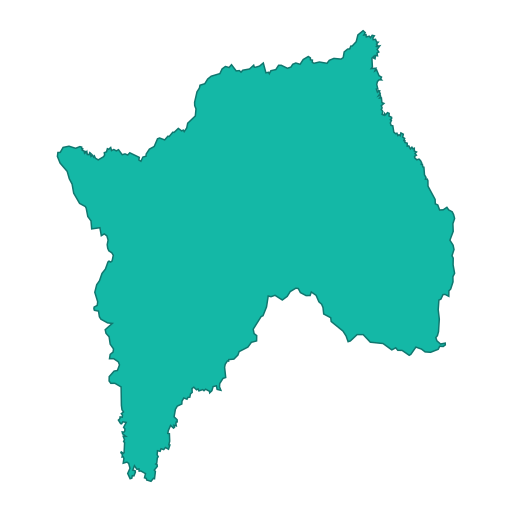 Phop Phra, Tak, Thailand
{"feature_id": "78962969B25324759841331", "entity_name": "Phop Phra", "entity_type": "district", "adm_level": 2, "iso_a3": "THA", "parent_name": "Thailand", "parent_adm1": "Tak", "projection": "equal_earth", "projection_center": [98.788, 16.455], "detail": "fine", "context": "isolated", "style": "filled", "palette": "teal", "viewbox_px": 512, "rotation_deg": 0, "n_neighbors": 0, "source": "geoboundaries", "source_scale": "gbopen_adm2", "svg_char_len": 5979}
<svg xmlns="http://www.w3.org/2000/svg" viewBox="0 0 512 512"><path d="M448.8,296.3L448.9,290.9L450.7,289.0L453.0,281.9L452.9,276.7L454.6,273.3L453.1,264.8L453.2,258.1L452.0,255.8L454.0,249.5L453.1,245.2L449.9,240.2L453.2,231.4L452.9,223.7L454.6,218.5L453.6,214.6L452.2,211.8L448.7,209.9L446.9,207.3L443.2,209.8L439.6,210.0L437.8,205.0L435.3,203.8L435.1,199.4L428.0,186.2L427.9,180.7L427.2,179.1L425.5,179.1L426.0,177.4L424.5,174.9L423.9,167.2L422.8,166.9L422.4,164.3L421.3,164.3L421.6,162.7L420.5,160.6L419.0,159.1L416.8,159.8L414.7,157.8L414.6,156.3L416.4,155.2L414.9,153.5L416.5,152.0L414.3,151.0L414.3,148.2L412.8,148.7L411.9,147.2L410.4,148.9L408.8,145.9L407.2,146.2L407.2,143.2L404.9,142.5L404.9,140.7L403.8,140.6L404.7,138.4L402.7,137.2L403.3,134.2L400.9,132.9L400.2,135.7L399.0,134.8L397.9,135.6L396.9,133.2L395.6,133.7L393.8,132.1L392.8,125.8L391.1,125.4L390.3,123.0L391.4,120.4L390.4,119.7L391.6,118.6L391.6,117.3L389.0,116.0L389.2,113.4L387.5,112.6L385.6,114.8L384.5,113.4L384.1,115.3L382.1,114.4L382.8,111.5L381.3,109.4L382.1,107.9L381.3,105.7L383.9,103.4L381.9,102.6L381.4,97.9L379.7,98.0L380.7,96.8L380.2,94.9L378.6,95.7L380.2,93.3L379.1,91.9L379.7,90.9L378.5,90.6L377.4,92.1L376.4,89.1L377.8,88.9L376.7,84.4L377.4,81.6L379.1,79.8L381.6,79.9L380.7,78.9L381.5,77.1L379.0,75.7L376.6,69.9L374.9,70.9L376.0,68.2L371.2,68.6L372.4,66.9L371.9,58.2L373.7,56.5L373.5,58.0L375.0,58.8L375.5,55.5L377.5,55.8L377.0,53.0L378.8,52.0L377.1,49.5L379.7,45.9L375.8,46.7L377.5,45.3L376.5,44.1L378.2,42.2L376.6,42.0L375.5,39.3L373.2,39.7L372.9,37.9L374.3,35.8L372.2,35.3L370.5,37.7L369.3,36.2L366.3,36.9L366.0,34.6L363.9,35.0L365.2,32.6L363.1,30.7L357.9,34.9L356.2,41.7L352.2,46.0L350.8,46.1L349.7,48.9L347.6,49.1L344.2,51.9L343.2,57.6L341.0,59.1L333.9,58.4L329.3,60.3L327.0,63.3L319.4,62.0L313.9,63.3L312.3,62.3L312.4,60.1L310.5,59.9L310.4,57.9L308.3,56.5L303.2,59.5L300.1,64.3L295.8,63.0L292.7,64.3L291.0,67.0L287.5,68.3L281.3,65.3L278.6,65.3L275.8,69.6L270.9,70.7L269.3,73.7L268.6,72.3L265.9,72.8L263.3,63.0L259.5,66.1L255.7,67.2L254.3,67.2L253.7,65.2L249.5,69.0L242.8,70.2L241.0,72.2L239.4,70.6L236.2,70.9L231.5,64.7L229.1,67.5L225.4,66.5L222.1,68.9L219.9,73.6L211.2,76.2L207.7,79.0L204.8,83.7L200.0,85.2L199.4,88.1L197.0,91.8L194.6,102.3L194.7,105.6L196.0,108.9L195.3,116.0L187.7,123.2L186.7,128.0L184.2,131.6L183.3,130.1L181.6,130.9L178.3,128.4L174.1,132.4L172.8,132.2L169.2,136.5L167.9,136.2L164.7,139.9L159.6,138.0L157.5,138.8L154.2,146.5L149.4,149.1L146.2,154.0L146.0,156.2L142.9,157.1L140.9,161.3L138.8,159.9L139.3,157.4L129.8,152.8L127.7,155.0L125.0,153.9L122.2,154.7L118.5,149.7L116.3,150.9L113.8,149.5L111.5,150.6L110.7,147.5L108.6,149.3L107.4,148.7L106.5,151.8L104.3,152.7L104.6,155.1L103.6,156.7L98.2,159.9L95.4,158.2L94.4,156.0L93.7,157.1L92.6,155.2L91.0,156.5L90.6,154.9L91.4,154.1L89.8,152.6L89.0,154.7L87.3,154.5L86.8,151.5L85.4,153.4L85.8,151.0L84.5,152.9L84.2,151.1L82.3,150.3L82.7,148.8L81.7,148.7L81.7,147.1L79.9,146.6L75.6,148.3L69.0,146.2L63.1,147.4L60.2,152.4L57.9,152.5L57.4,156.4L60.1,163.1L67.2,171.4L69.3,178.8L72.1,184.1L73.7,193.2L79.6,203.4L85.3,206.5L86.2,208.2L87.8,216.5L91.0,220.9L91.7,228.9L99.9,227.7L101.3,235.7L104.3,233.9L106.9,235.9L108.1,240.1L107.2,244.7L107.7,248.2L108.8,250.8L111.8,252.8L113.3,255.3L112.1,260.9L110.6,262.1L109.0,261.1L108.0,261.9L105.4,269.1L102.0,273.4L99.5,280.7L96.7,284.7L94.8,292.3L97.7,301.8L97.2,305.4L94.1,307.1L93.9,308.8L94.4,310.3L98.5,311.1L99.4,316.8L100.9,319.2L107.6,322.9L112.3,323.4L105.2,329.7L106.0,333.3L109.1,336.8L110.2,344.2L113.5,348.9L113.1,352.0L110.2,354.4L109.5,358.7L113.7,358.7L118.3,361.8L119.5,364.9L117.4,370.5L114.1,371.1L109.2,376.6L109.1,381.0L110.8,383.3L114.9,383.3L121.1,386.9L121.4,405.4L122.0,409.8L123.5,411.9L121.3,413.7L122.5,415.1L122.2,417.2L120.1,416.9L119.9,418.7L118.4,420.1L120.6,423.6L121.6,423.8L122.9,421.8L126.2,422.4L123.6,427.4L124.9,428.9L124.8,431.0L123.8,432.2L122.2,431.9L122.6,433.8L125.8,436.3L123.2,436.3L124.5,439.6L123.6,441.6L124.6,442.5L124.1,452.6L123.4,453.3L121.3,451.9L120.9,452.7L122.4,454.6L122.1,457.0L123.1,456.7L123.9,458.5L123.2,463.2L126.9,462.1L128.7,463.4L130.0,468.3L127.7,473.5L130.1,478.7L131.8,478.2L132.3,475.7L133.9,475.9L135.4,472.2L135.1,470.7L132.8,470.1L134.4,465.7L136.9,469.3L138.9,468.9L139.1,471.1L140.9,471.0L145.5,473.6L144.5,477.8L146.3,478.4L146.7,480.0L151.0,481.3L153.5,478.3L154.5,478.7L155.4,471.5L154.3,470.1L157.3,466.4L157.1,464.7L155.8,464.0L156.7,463.3L157.3,458.0L158.2,456.7L157.1,454.7L157.5,450.7L160.1,451.3L161.1,448.7L163.7,449.6L165.5,447.5L168.5,449.2L169.9,445.0L168.8,444.8L169.7,441.2L169.4,433.7L167.8,433.4L168.3,430.6L170.6,425.4L173.5,428.1L174.5,427.3L173.9,425.3L176.3,425.9L175.9,423.8L176.2,422.0L177.2,421.9L177.1,419.7L174.1,416.8L175.4,409.3L177.3,406.1L181.8,404.0L182.0,401.1L183.8,398.0L187.0,399.2L187.9,397.4L189.8,397.2L190.5,393.8L192.2,392.4L192.0,388.5L193.8,387.2L196.5,389.8L198.1,389.0L198.9,390.9L202.7,389.6L204.0,390.7L205.6,389.2L209.5,391.3L209.7,392.8L211.9,390.7L213.1,386.6L216.4,385.8L217.1,389.4L220.9,390.3L219.5,386.8L219.7,383.6L223.0,378.4L225.7,377.5L224.6,367.3L225.2,364.3L227.4,360.9L228.6,361.1L228.7,359.6L233.9,359.1L237.9,355.1L239.1,351.6L247.9,347.1L251.4,342.3L256.6,340.9L256.7,335.6L254.1,333.6L253.2,329.2L261.1,316.6L263.0,315.7L266.5,307.0L268.2,296.0L271.0,296.7L275.0,295.3L282.3,300.0L287.2,296.4L290.2,291.6L295.8,288.2L298.3,288.5L300.4,292.6L306.1,295.6L310.1,295.5L311.3,292.0L316.1,295.3L318.9,301.8L321.6,304.2L323.0,307.5L323.7,314.0L330.7,317.7L331.2,321.5L343.0,331.1L346.1,336.0L348.1,341.7L350.3,341.0L357.1,334.6L363.2,334.6L370.3,342.2L383.0,343.5L391.8,349.9L395.7,347.8L397.8,350.3L402.1,350.4L409.2,355.3L410.8,354.4L415.9,347.1L421.5,349.1L425.1,351.9L430.6,352.3L438.2,349.3L439.7,346.3L443.2,346.5L445.3,344.9L445.2,343.1L440.5,344.0L436.9,340.8L435.8,337.6L437.4,335.7L438.5,331.7L439.3,319.1L438.2,309.8L438.9,300.1L440.9,299.1L443.0,294.6L445.1,294.4L448.8,296.3Z" fill="#14b8a6" stroke="#0f766e" stroke-width="1.5"/></svg>